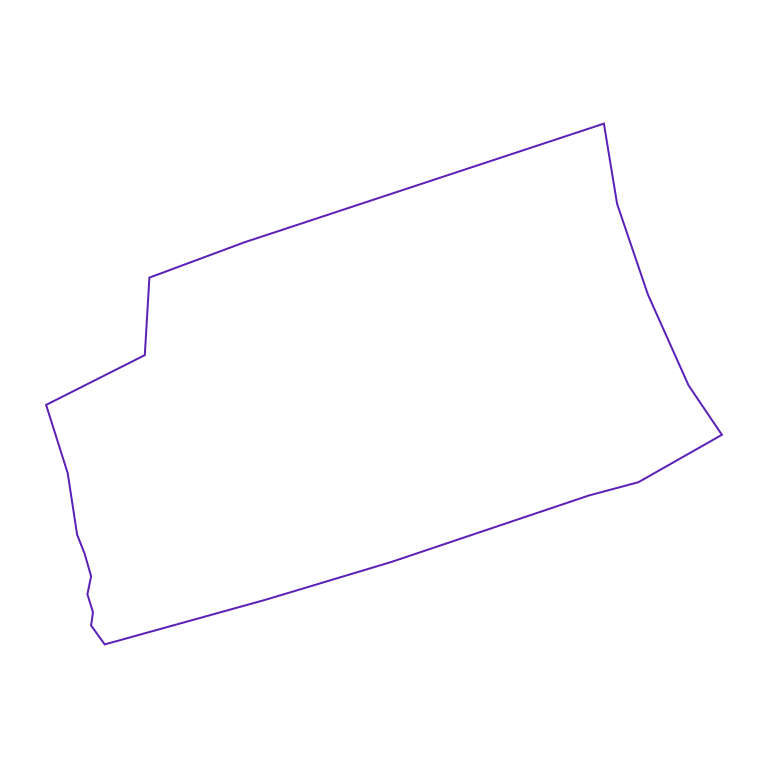 the district of Asau, Tuvalu
{"feature_id": "33948139B37363318127022", "entity_name": "Asau", "entity_type": "district", "adm_level": 2, "iso_a3": "TUV", "parent_name": "Tuvalu", "parent_adm1": "", "projection": "orthographic", "projection_center": [178.68, -7.49], "detail": "fine", "context": "isolated", "style": "outline", "palette": "violet", "viewbox_px": 768, "rotation_deg": 0, "n_neighbors": 0, "source": "geoboundaries", "source_scale": "gbopen_adm2", "svg_char_len": 383}
<svg xmlns="http://www.w3.org/2000/svg" viewBox="0 0 768 768"><path d="M603.9,123.6L244.4,242.3L149.4,277.6L144.8,355.1L46.1,404.9L67.7,473.1L77.1,534.6L84.6,553.6L91.1,576.3L87.4,594.3L93.0,612.3L91.1,625.5L104.7,644.4L265.0,599.9L391.5,561.9L588.8,495.5L638.4,482.2L721.9,434.8L688.5,385.3L647.9,294.5L617.1,203.9L603.9,123.6Z" fill="none" stroke="#5b21b6" stroke-width="2"/></svg>